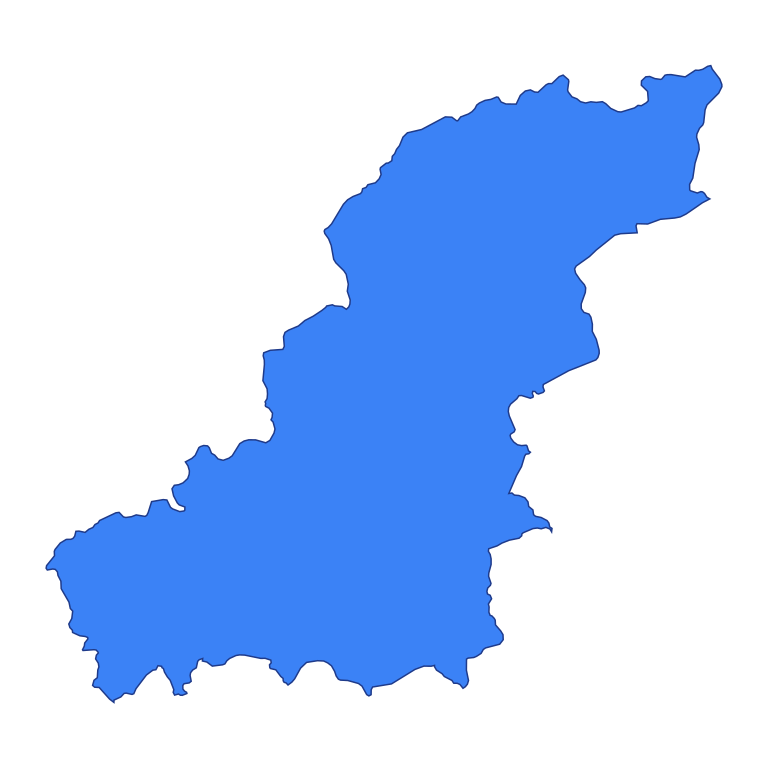 outline of Meconta, Nampula, Mozambique
{"feature_id": "85939544B84793619782311", "entity_name": "Meconta", "entity_type": "district", "adm_level": 2, "iso_a3": "MOZ", "parent_name": "Mozambique", "parent_adm1": "Nampula", "projection": "orthographic", "projection_center": [39.662, -15.252], "detail": "fine", "context": "isolated", "style": "filled", "palette": "blue", "viewbox_px": 768, "rotation_deg": 0, "n_neighbors": 0, "source": "geoboundaries", "source_scale": "gbopen_adm2", "svg_char_len": 6036}
<svg xmlns="http://www.w3.org/2000/svg" viewBox="0 0 768 768"><path d="M551.6,531.8L552.0,528.4L549.7,526.9L548.9,523.1L547.1,520.6L541.2,517.5L535.5,516.3L533.6,514.7L532.9,509.9L528.7,506.5L528.0,501.9L524.9,497.8L518.9,495.5L514.4,495.1L511.9,493.0L508.8,493.5L516.5,475.6L521.5,466.6L524.7,456.0L525.9,454.2L528.8,453.8L530.4,452.2L528.5,450.8L527.0,445.9L526.2,445.2L521.5,445.6L517.5,444.8L513.7,442.0L510.8,438.1L510.1,435.4L510.8,434.0L514.2,431.8L515.1,429.6L509.3,416.0L508.3,411.5L508.7,407.5L510.5,404.2L516.9,398.7L518.9,395.7L521.5,395.5L530.3,398.2L532.9,397.3L533.3,396.0L532.3,393.4L532.7,391.4L535.1,391.5L536.7,393.4L538.5,394.0L543.1,392.4L544.4,390.9L543.0,387.0L543.3,384.5L568.7,370.7L595.9,359.9L597.9,357.5L599.2,353.4L599.1,350.1L596.3,339.3L592.3,331.4L592.4,324.2L590.9,317.2L589.0,314.1L583.9,312.4L581.3,308.7L581.2,303.9L585.3,292.5L585.7,287.9L584.4,284.8L580.0,279.7L575.6,273.2L574.6,268.9L576.2,266.0L589.5,256.5L596.4,249.9L614.7,235.2L620.6,233.7L637.2,232.8L636.0,225.8L637.0,223.7L647.7,224.0L660.4,219.3L674.7,218.0L680.3,216.9L686.1,214.0L702.5,202.7L709.8,198.9L706.9,197.2L704.5,193.4L702.6,191.9L700.9,191.6L697.3,193.0L690.6,190.8L689.7,189.9L689.6,184.3L692.8,178.1L695.0,163.4L699.2,149.6L698.8,144.7L696.6,137.2L696.9,134.0L699.5,128.3L702.8,124.9L703.7,122.5L705.1,109.8L707.0,104.9L718.7,93.1L721.9,86.7L721.8,84.4L719.8,79.1L712.2,69.1L710.8,65.6L707.7,66.3L702.7,69.3L698.8,70.3L695.4,70.2L685.2,76.9L671.1,74.6L667.2,74.7L665.0,75.2L661.7,79.1L660.5,79.4L654.9,78.6L649.7,76.5L645.8,76.8L641.5,80.9L641.3,85.2L647.6,91.4L648.3,100.7L646.4,102.7L641.4,105.7L638.0,105.4L634.6,107.9L621.1,112.0L617.8,111.7L610.7,108.4L605.8,103.7L602.4,101.7L596.4,102.4L590.8,101.8L585.6,103.0L580.5,101.7L576.9,98.8L572.0,96.9L568.1,91.8L567.6,90.0L568.8,81.4L568.4,79.7L563.1,75.1L559.2,76.6L551.9,83.6L548.5,83.6L546.1,84.8L538.0,92.3L534.6,92.0L530.4,89.9L525.3,91.0L520.3,95.4L516.2,104.1L505.9,104.0L501.1,102.0L498.2,97.3L496.6,97.0L490.8,99.4L485.0,100.4L479.4,103.0L476.7,105.1L475.0,108.5L472.0,111.7L468.4,114.0L460.7,116.9L457.7,120.8L456.5,120.7L451.9,117.2L445.3,116.9L421.6,129.5L407.4,132.8L403.0,137.1L399.5,145.6L396.5,149.4L394.7,153.7L392.3,156.3L391.8,160.7L388.3,163.0L386.2,163.2L380.5,167.6L380.1,169.3L381.1,174.5L379.2,178.8L375.4,182.8L367.9,184.7L366.1,187.4L362.6,188.7L361.9,191.8L360.5,193.6L353.0,196.5L347.6,199.8L343.4,204.3L331.6,223.9L328.1,227.6L324.9,229.5L324.2,231.1L324.8,233.5L328.6,238.8L331.2,245.4L333.7,259.3L335.9,262.9L343.8,270.7L346.2,274.3L348.3,284.2L347.3,291.2L350.2,300.0L349.9,304.1L348.8,306.9L346.4,309.3L342.1,306.5L334.7,305.9L332.4,304.8L326.6,306.0L325.8,307.3L321.8,310.5L313.2,316.2L304.9,320.5L298.4,326.0L288.6,330.1L285.0,332.4L283.5,336.7L284.3,346.4L282.8,349.4L270.3,350.3L263.7,352.8L263.2,355.8L264.3,360.1L264.4,364.6L262.9,380.7L267.1,388.8L267.5,393.9L267.1,398.6L265.1,401.9L265.7,403.5L265.3,405.3L265.6,406.4L269.0,408.2L272.5,413.1L272.1,417.4L271.0,419.8L273.1,422.1L275.0,429.0L274.0,433.1L269.9,440.4L265.8,442.8L255.7,439.9L248.8,439.8L244.1,441.0L239.8,443.6L232.2,455.8L228.9,458.2L223.2,460.3L218.1,459.0L214.7,455.1L211.5,453.3L209.3,447.8L207.6,445.9L203.7,445.5L200.4,446.6L198.9,447.6L195.2,455.4L191.9,458.4L185.4,461.9L188.0,465.9L189.4,470.8L189.2,474.2L187.7,478.5L183.0,482.9L178.7,484.7L174.3,485.3L172.0,488.8L173.6,495.9L177.3,502.9L179.2,504.9L184.9,507.0L184.8,510.2L183.9,511.0L179.7,511.6L172.6,508.9L170.5,507.3L166.9,500.0L163.2,499.6L151.6,501.6L148.2,512.5L146.8,515.3L145.1,516.4L136.2,514.9L131.5,516.7L125.8,517.5L123.4,516.9L119.1,512.4L115.9,512.8L99.6,520.5L98.0,523.0L95.0,524.5L92.9,527.5L88.8,529.3L85.1,532.4L79.0,531.1L75.9,531.3L74.7,536.2L73.0,538.4L71.0,539.3L66.3,539.4L60.3,543.0L55.1,549.4L54.3,551.3L54.5,555.8L46.6,565.6L46.1,568.2L47.3,570.0L52.8,569.0L55.3,569.4L57.4,571.8L58.0,575.5L60.9,581.2L61.2,588.7L69.0,602.2L70.3,608.5L72.7,611.1L71.8,618.5L68.8,624.0L69.9,627.6L72.4,630.3L72.6,632.5L79.9,635.8L85.4,636.5L87.7,637.5L87.9,638.9L84.7,643.0L84.3,646.1L82.5,649.8L83.0,650.5L94.0,649.7L96.1,650.0L97.9,651.9L98.3,653.0L96.4,655.1L95.6,658.9L98.3,663.1L98.9,666.9L97.8,670.0L97.3,677.7L94.0,680.3L92.6,685.4L94.6,687.2L99.2,687.5L109.6,699.1L113.9,702.4L114.0,700.1L120.9,696.9L124.1,693.4L126.2,693.1L132.0,694.4L133.8,693.7L136.0,688.7L146.4,675.0L152.8,670.2L155.9,669.7L158.0,665.7L161.6,666.3L162.0,667.7L163.4,668.5L164.5,672.1L167.3,676.8L170.2,680.3L173.8,689.6L173.2,692.4L174.6,695.1L178.5,694.0L180.3,695.2L182.3,695.3L186.9,693.5L186.6,692.3L184.5,691.1L182.9,689.0L182.8,685.5L184.1,683.7L189.2,682.9L191.2,681.3L190.1,675.4L190.6,672.7L192.7,670.0L196.3,667.8L197.7,661.3L199.2,659.7L202.7,658.5L202.4,661.0L206.8,662.0L212.3,666.1L222.6,664.8L224.9,663.9L226.8,660.8L229.7,658.4L236.0,655.5L239.6,654.9L244.7,655.1L260.8,658.4L265.1,658.3L270.8,660.1L271.2,662.8L269.5,664.8L269.8,667.6L270.4,668.5L275.8,669.8L280.8,676.5L283.1,678.4L283.2,680.8L284.1,682.3L286.1,682.9L288.0,685.0L291.9,682.1L294.7,678.8L300.6,668.1L306.6,662.4L317.5,660.7L323.7,661.0L327.7,662.9L331.5,665.8L334.6,671.3L336.2,676.0L338.4,679.2L340.5,680.1L347.8,680.5L358.5,683.5L362.0,686.1L366.7,694.6L368.9,695.9L371.1,694.7L371.2,689.7L372.6,687.0L391.5,683.9L415.0,669.4L423.9,666.1L431.2,666.2L434.5,665.4L434.5,666.7L436.5,670.1L442.1,673.7L444.3,676.5L452.0,680.5L453.7,683.2L457.3,683.3L460.0,684.5L463.0,688.3L465.4,686.7L467.4,684.2L468.5,680.5L466.4,670.2L466.5,659.1L468.1,658.1L473.8,657.5L476.6,656.3L481.1,653.4L483.3,649.5L485.6,647.9L499.7,644.2L503.2,639.7L503.0,634.7L500.7,630.9L495.5,624.9L495.2,620.1L494.3,618.5L492.0,616.0L490.1,615.3L488.9,612.2L489.1,607.0L488.4,604.0L491.6,598.8L490.2,595.3L487.5,594.0L486.9,591.4L487.7,588.0L490.4,585.3L491.0,583.4L488.6,576.3L488.8,573.0L491.1,564.5L491.1,558.9L490.2,554.5L488.4,551.3L488.7,548.7L497.1,545.9L501.9,543.1L509.2,540.2L519.1,538.2L521.7,535.8L521.9,533.9L523.3,532.7L532.9,528.6L537.3,528.0L541.2,528.8L545.9,527.4L549.9,529.0L551.6,531.8Z" fill="#3b82f6" stroke="#1e3a8a" stroke-width="1.5"/></svg>